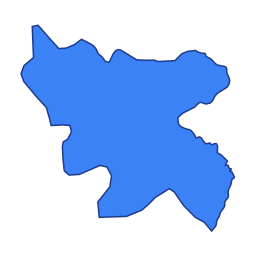 map outline of Dinguiraye (Natural Earth projection), rotated 87°
{"feature_id": "GIN-5634", "entity_name": "Dinguiraye", "entity_type": "Prefecture", "adm_level": 1, "iso_a3": "GIN", "parent_name": "Guinea", "parent_adm1": "", "projection": "natural_earth1", "projection_center": [-10.675, 11.582], "detail": "fine", "context": "isolated", "style": "filled", "palette": "blue", "viewbox_px": 256, "rotation_deg": 87, "n_neighbors": 0, "source": "natural_earth", "source_scale": "10m", "svg_char_len": 2025}
<svg xmlns="http://www.w3.org/2000/svg" viewBox="0 0 256 256"><g transform="rotate(87 128 128)"><path d="M86.6,24.0L90.1,25.1L92.6,27.2L98.2,37.2L101.4,40.0L104.7,41.8L107.2,44.2L108.1,48.7L107.7,50.2L106.4,53.1L106.2,54.4L106.8,56.1L110.6,60.4L116.2,72.9L120.3,77.7L126.1,77.5L128.2,76.3L129.6,74.8L131.1,72.0L132.3,69.0L132.9,66.7L133.9,65.1L136.5,63.1L139.4,61.4L141.5,60.6L140.6,57.0L142.1,55.0L144.9,53.5L147.8,51.2L147.8,50.0L147.4,48.3L147.4,46.7L148.7,46.0L149.2,45.4L148.1,42.1L148.2,40.6L150.8,39.5L157.5,40.1L158.8,37.8L159.8,36.4L164.6,31.8L166.4,30.4L167.4,31.3L168.3,31.8L170.4,32.7L170.3,30.3L171.1,29.7L172.3,29.6L173.6,28.8L174.2,27.2L174.5,26.9L175.5,27.7L175.9,28.6L176.3,28.7L177.1,26.7L182.4,24.3L183.6,24.9L184.2,26.0L185.1,27.0L189.7,28.1L194.6,30.7L197.4,31.4L200.8,31.2L201.8,31.4L203.2,32.1L205.1,33.9L206.2,34.8L207.1,35.1L207.6,35.3L209.9,35.4L211.4,35.8L213.1,36.8L215.9,39.3L217.6,40.3L220.3,41.2L225.2,44.2L228.0,44.7L230.5,45.5L235.3,49.9L226.1,56.8L220.7,65.5L208.2,76.6L194.2,85.2L193.1,86.8L191.9,88.3L190.8,90.0L198.8,104.5L203.7,109.7L210.7,118.4L216.2,134.1L215.7,161.4L200.3,162.0L185.8,149.2L174.9,146.9L165.9,151.0L163.9,157.9L171.8,179.0L171.9,189.3L167.4,193.9L155.9,194.5L143.0,194.5L138.5,193.4L136.2,189.0L129.0,184.7L122.5,185.8L121.5,192.8L121.5,204.6L113.8,206.0L103.2,208.5L91.9,217.8L76.3,229.5L68.3,232.0L60.3,228.6L55.7,222.7L52.8,218.7L21.6,218.3L20.7,212.5L36.2,200.2L45.0,192.9L45.0,185.7L41.9,177.0L37.0,169.8L42.6,160.1L44.8,157.7L46.1,156.6L47.6,155.7L52.5,153.7L53.3,152.9L54.0,151.8L55.8,150.1L57.8,148.6L59.5,147.9L60.4,146.7L61.4,144.2L60.7,143.0L52.5,138.5L51.4,137.5L50.4,136.4L49.9,135.8L49.6,135.1L49.4,134.2L49.4,133.0L49.7,131.3L60.4,115.7L61.1,108.5L61.4,103.8L61.6,98.1L63.2,94.5L63.2,87.5L63.2,77.6L56.7,70.4L54.6,64.5L54.1,56.4L55.3,55.0L56.8,51.9L57.6,47.2L58.6,46.6L59.8,46.6L60.9,45.9L62.9,42.3L63.5,41.4L68.2,37.5L69.8,35.4L71.6,28.4L72.6,26.8L74.5,26.3L77.8,26.5L83.9,24.2L86.6,24.0Z" fill="#3b82f6" stroke="#1e3a8a" stroke-width="1.5"/></g></svg>